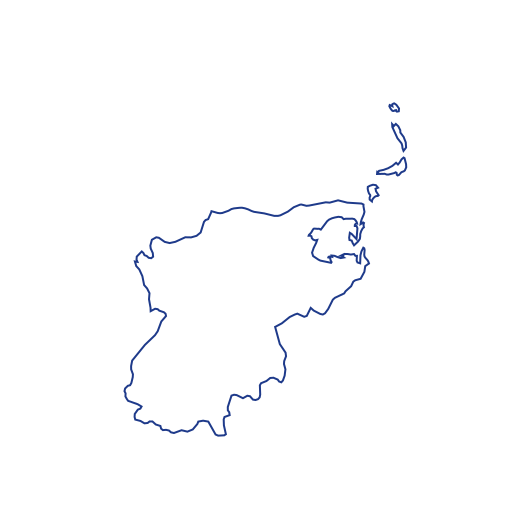 the Region of Thessalia, rotated 302°
{"feature_id": "GRC-2900", "entity_name": "Thessalia", "entity_type": "Region", "adm_level": 1, "iso_a3": "GRC", "parent_name": "Greece", "parent_adm1": "", "projection": "robinson", "projection_center": [22.751, 39.565], "detail": "fine", "context": "isolated", "style": "outline", "palette": "blue", "viewbox_px": 512, "rotation_deg": 302, "n_neighbors": 0, "source": "natural_earth", "source_scale": "10m", "svg_char_len": 4769}
<svg xmlns="http://www.w3.org/2000/svg" viewBox="0 0 512 512"><g transform="rotate(302 256 256)"><path d="M270.4,194.5L270.5,194.8L272.2,200.7L273.2,202.8L274.6,204.6L279.8,208.7L282.8,210.3L284.7,212.1L288.1,216.4L289.5,218.5L290.6,221.4L291.4,224.7L291.8,228.3L292.4,230.9L296.5,240.4L299.7,250.2L301.6,253.3L303.4,255.1L310.5,259.5L317.4,262.2L322.7,266.0L323.1,266.4L323.7,267.2L325.3,272.2L326.9,274.3L338.5,286.7L340.3,290.2L346.7,296.1L349.6,305.1L356.4,317.7L356.6,319.9L355.2,320.7L350.9,324.6L348.2,325.4L343.0,326.2L340.5,326.9L338.4,327.8L339.2,328.2L339.7,328.6L340.3,328.9L341.2,329.0L341.2,330.1L340.0,330.4L339.0,331.0L338.2,331.6L337.6,332.3L335.9,331.8L332.9,332.0L329.8,332.8L327.8,334.0L325.6,335.0L322.4,334.9L317.0,333.5L318.2,331.1L319.8,329.0L319.1,326.8L320.9,325.3L325.4,323.3L325.4,325.4L323.6,332.3L333.3,327.3L334.7,325.4L333.8,323.9L334.6,323.4L335.9,323.4L336.6,323.8L337.0,324.6L338.0,323.6L338.9,321.8L339.4,319.9L338.8,318.1L335.2,312.4L333.7,310.8L334.3,308.1L332.9,305.1L330.4,302.4L328.2,300.4L325.6,298.7L323.2,297.9L312.7,297.0L312.6,296.4L312.7,295.7L312.4,294.8L311.7,293.9L310.3,291.2L309.6,290.4L308.6,290.3L304.9,290.4L301.9,289.7L301.1,289.9L302.1,291.4L302.1,292.6L300.7,293.9L300.2,295.9L300.6,297.9L302.1,299.4L298.9,300.1L293.5,300.6L288.5,301.8L286.2,304.5L286.0,310.9L286.2,313.0L290.0,323.3L290.9,323.3L291.9,321.5L293.7,319.9L293.1,318.1L293.8,318.0L294.9,319.1L295.6,321.0L296.5,319.9L297.8,322.6L298.3,325.8L299.1,328.9L301.2,331.2L301.2,330.4L301.3,330.2L301.7,330.2L302.1,330.1L301.6,328.9L301.2,327.8L304.6,329.9L306.3,332.8L307.5,335.7L309.6,338.1L308.8,340.2L309.0,340.6L309.6,341.5L305.3,343.9L304.3,345.5L305.0,348.2L312.0,344.2L315.7,343.0L319.9,342.6L319.9,343.7L318.7,344.9L314.3,347.2L313.1,348.3L312.5,349.5L311.5,352.8L310.9,354.0L310.0,355.2L309.5,355.8L309.1,355.6L308.2,355.2L305.3,354.0L300.0,356.3L292.1,356.8L288.0,353.0L285.8,352.1L280.8,352.7L273.5,350.6L271.0,350.6L262.4,345.1L259.7,344.3L249.3,345.3L244.0,344.9L241.8,343.7L240.9,341.2L240.3,333.9L241.0,329.9L232.1,330.8L230.0,329.1L229.0,321.6L226.9,319.9L222.1,316.9L212.6,313.6L206.0,309.8L193.9,322.9L189.7,332.3L186.9,334.6L181.8,335.6L179.2,337.0L175.5,341.0L169.7,343.7L164.7,344.8L162.3,344.4L161.8,342.1L162.7,339.9L162.0,335.3L160.1,332.7L155.5,331.1L150.8,327.7L148.4,327.8L140.7,333.0L138.1,334.0L135.7,333.6L133.6,331.9L132.6,329.5L133.9,325.2L132.9,322.7L128.5,320.3L127.8,313.3L126.7,310.9L124.6,309.2L113.0,312.1L110.2,313.9L109.3,316.1L107.1,318.0L102.8,314.6L100.3,315.2L95.4,318.5L88.9,324.9L87.1,324.1L83.6,319.1L83.2,316.3L90.3,303.3L88.3,298.4L85.0,294.8L82.5,295.3L75.4,294.3L70.7,290.9L68.8,285.2L62.4,280.2L61.4,277.3L61.9,274.7L60.9,271.8L59.0,269.3L59.3,267.0L61.2,265.0L60.0,260.3L60.8,255.9L59.3,253.4L57.0,252.6L55.0,250.1L54.9,245.5L53.3,240.3L55.2,238.3L57.8,236.9L63.1,237.2L65.3,238.8L67.7,238.7L67.6,234.2L65.4,224.3L66.3,222.2L67.7,219.7L70.4,218.2L71.7,216.1L74.3,215.2L78.0,216.1L79.7,217.7L82.2,217.6L87.9,215.7L90.5,214.3L93.7,210.2L96.5,208.4L101.7,206.4L121.8,208.9L135.3,212.3L140.1,212.5L150.3,210.4L157.4,211.5L159.1,209.9L159.5,207.7L158.4,203.0L158.8,200.8L157.8,198.4L153.4,195.9L156.2,194.0L162.6,188.2L168.0,185.4L170.8,180.8L172.1,176.5L178.7,170.3L182.8,164.1L184.0,159.8L187.2,156.2L188.2,158.6L189.6,156.6L192.3,155.2L199.3,156.7L198.9,158.9L197.6,161.0L198.1,163.3L197.6,165.9L198.6,168.3L200.9,169.1L203.8,166.9L206.5,162.8L208.8,160.9L214.6,159.1L219.0,161.5L220.0,164.0L219.6,171.1L221.2,175.9L225.3,180.1L234.4,186.1L237.4,191.1L241.6,194.9L246.6,196.6L257.4,193.8L259.8,194.2L261.9,195.9L269.0,194.9L270.4,194.5ZM401.0,330.1L399.6,329.3L395.3,325.2L394.4,323.8L393.9,321.6L389.7,315.2L391.7,314.2L391.8,315.1L392.2,315.3L392.7,315.2L393.4,315.2L396.7,318.6L400.4,321.5L404.7,323.9L409.3,325.4L408.8,327.9L411.4,328.3L415.0,328.2L417.7,329.0L417.7,330.1L413.4,334.6L410.8,336.4L407.4,336.9L406.1,336.4L404.1,334.9L400.5,334.3L399.4,333.5L399.5,332.4L401.0,331.2L401.0,330.1ZM437.2,313.0L435.2,318.1L431.7,322.8L427.5,325.8L423.3,325.4L425.1,323.1L427.0,321.6L428.6,319.8L430.8,313.6L437.6,303.3L440.0,301.6L439.8,302.3L439.7,302.9L439.6,303.4L439.1,304.0L442.1,304.6L441.4,308.0L439.1,311.7L437.2,313.0ZM369.2,325.4L367.7,325.0L366.3,324.8L364.9,324.9L363.7,325.4L364.1,322.5L365.7,321.4L367.5,321.1L368.3,320.4L368.9,318.7L370.4,316.8L372.2,315.1L373.9,314.2L376.1,315.5L378.4,317.4L379.6,320.1L378.6,323.3L376.4,321.7L374.5,323.5L372.5,327.8L371.5,327.5L370.4,326.1L369.2,325.4ZM456.8,291.2L458.1,291.8L458.7,292.4L458.6,294.9L456.9,299.1L454.4,300.4L453.1,299.0L453.2,297.9L453.9,297.5L453.4,296.8L452.0,296.0L451.4,294.8L451.9,293.0L452.7,291.3L453.7,289.7L454.9,289.4L455.2,291.1L455.3,292.3L455.8,291.8L456.8,291.2Z" fill="none" stroke="#1e3a8a" stroke-width="2"/></g></svg>